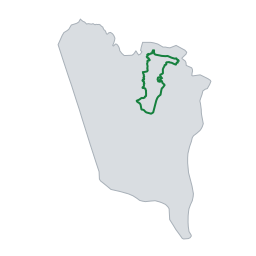 Hamah highlighted on a map of Syria, rotated 105°
{"feature_id": "SYR-138", "entity_name": "Hamah", "entity_type": "Province", "adm_level": 1, "iso_a3": "SYR", "parent_name": "Syria", "parent_adm1": "", "projection": "albers", "projection_center": [37.023, 35.303], "detail": "fine", "context": "in_parent", "style": "outline", "palette": "green", "viewbox_px": 256, "rotation_deg": 105, "n_neighbors": 0, "source": "natural_earth", "source_scale": "10m", "svg_char_len": 6284}
<svg xmlns="http://www.w3.org/2000/svg" viewBox="0 0 256 256"><g transform="rotate(105 128 128)"><path d="M39.6,90.9L41.7,91.1L46.3,93.9L47.0,93.8L48.4,90.2L49.7,89.0L52.5,87.9L53.4,82.1L54.7,81.0L56.3,80.4L58.7,80.3L60.8,79.9L60.9,78.9L58.0,72.1L58.3,70.4L59.7,63.5L60.6,60.9L61.5,60.0L64.8,60.4L69.4,61.6L70.6,63.5L72.9,65.3L76.3,65.2L80.2,65.5L83.3,65.6L85.7,64.3L91.3,62.0L94.0,61.2L96.5,60.2L104.4,56.4L107.6,56.6L109.8,57.1L111.5,57.7L115.3,60.2L118.5,62.7L120.7,63.4L124.6,63.3L130.3,63.7L137.2,63.5L141.3,62.7L146.5,61.3L155.6,57.9L167.6,51.1L174.6,47.8L177.6,47.3L181.6,47.1L185.7,47.8L190.2,48.2L192.3,48.0L197.2,47.2L203.5,45.6L207.5,44.3L212.2,42.3L215.1,39.3L216.0,38.9L217.3,39.4L217.9,39.6L219.2,41.1L220.7,45.3L220.8,45.8L220.6,47.0L217.6,50.6L213.6,55.6L210.6,58.7L205.7,64.0L201.8,65.3L195.3,67.4L193.7,69.2L192.1,72.1L191.4,76.0L191.2,78.5L191.2,83.0L192.9,87.7L194.6,92.1L194.9,95.1L194.9,98.0L193.6,101.2L192.2,105.6L191.5,110.5L191.4,119.7L191.7,127.4L191.7,128.7L189.1,134.3L186.2,140.9L184.7,142.4L177.7,144.6L170.1,149.6L161.6,155.1L153.9,160.1L145.7,165.3L137.2,170.7L131.1,174.6L122.9,179.7L115.4,184.6L107.8,189.5L102.0,193.2L93.2,199.1L88.0,202.5L80.4,207.5L73.6,211.9L65.6,217.1L55.6,215.5L52.4,214.6L49.8,212.1L47.9,210.7L43.2,209.4L40.2,204.7L38.4,203.0L35.2,202.2L36.6,199.3L36.9,197.3L38.3,194.9L37.5,193.4L37.1,190.0L36.5,189.2L36.3,188.3L36.8,187.2L36.6,186.1L36.1,185.7L35.9,184.0L35.4,182.8L35.7,181.3L36.4,180.3L37.1,178.4L37.9,177.9L39.3,176.7L39.7,175.5L40.9,174.3L42.5,173.3L42.8,172.6L42.6,172.1L41.0,171.2L40.2,169.6L41.0,167.4L41.5,166.7L42.4,165.6L44.6,163.9L46.3,163.7L47.7,163.7L50.2,163.8L52.1,164.2L52.5,163.7L52.5,163.2L50.1,161.8L50.0,160.7L50.6,159.5L52.3,157.7L54.3,156.4L55.3,156.1L57.5,153.4L59.0,150.4L56.7,143.0L55.3,141.8L53.0,140.8L51.7,140.6L51.6,140.1L53.4,138.3L54.7,136.6L53.3,135.1L50.8,134.3L49.8,135.9L46.6,136.1L41.5,136.0L39.4,128.2L39.1,124.8L39.2,120.9L40.8,115.1L40.1,112.5L40.1,110.7L39.7,108.2L35.8,102.9L38.1,93.2L39.6,90.9Z" fill="#d9dde1" stroke="#a8b0b8" stroke-width="1"/><path d="M77.2,103.8L79.6,104.7L80.7,105.4L80.9,105.5L81.1,105.6L82.8,105.6L87.4,105.2L89.9,106.9L90.4,107.1L91.7,107.5L94.1,107.8L106.3,107.7L107.4,108.5L107.7,108.9L108.2,109.5L108.2,110.1L108.2,114.0L108.1,114.6L107.8,115.3L107.5,115.9L106.8,116.9L106.7,117.1L106.6,117.5L106.5,117.8L106.5,118.1L106.5,118.4L106.6,119.6L106.4,119.9L102.6,121.7L102.1,122.0L101.3,122.8L101.2,122.9L101.2,123.3L101.1,123.5L100.9,123.7L100.8,124.1L100.6,124.4L100.6,124.5L100.6,124.8L100.6,125.0L100.5,125.3L100.4,125.5L100.3,125.8L99.8,126.4L99.5,126.6L99.4,126.6L99.2,126.4L98.1,125.0L97.8,124.6L97.6,124.4L96.0,123.1L95.8,123.0L95.6,122.7L95.4,122.5L95.3,122.0L95.3,121.7L95.1,121.0L95.1,120.9L94.9,120.7L94.7,120.3L94.6,120.2L94.3,119.9L94.2,119.8L93.6,119.8L93.3,119.8L93.2,119.7L92.8,119.2L92.6,119.1L92.4,119.0L92.3,118.9L92.2,118.9L89.8,119.5L88.4,120.0L88.0,120.1L87.9,120.1L87.7,120.1L87.3,120.2L86.4,120.9L85.9,121.2L85.7,121.3L85.5,121.5L85.4,121.7L85.4,121.9L85.3,122.4L85.3,123.3L85.5,123.8L85.5,124.0L85.4,124.2L85.4,124.3L85.2,124.4L84.9,124.4L84.7,124.3L84.6,124.2L84.3,123.7L84.2,123.6L83.6,123.6L83.4,123.5L82.9,123.6L82.7,123.6L82.2,123.9L82.0,124.0L81.8,124.0L81.6,124.0L81.4,123.9L81.1,123.7L80.9,123.7L80.8,123.8L80.6,124.0L80.6,124.3L80.4,124.4L80.0,124.3L79.7,124.3L79.4,124.4L79.3,124.5L79.2,124.9L79.0,125.2L78.9,125.2L78.9,125.3L78.8,125.8L78.7,126.0L78.3,126.3L78.2,126.3L77.8,126.2L77.5,126.1L77.4,126.1L77.3,125.9L77.2,125.7L77.1,125.4L76.8,125.1L76.6,125.1L76.4,125.1L75.6,125.6L75.4,125.8L75.3,126.1L75.2,126.1L74.9,126.0L74.7,125.9L74.4,125.7L74.1,125.7L73.9,125.8L73.6,126.2L73.5,126.3L73.4,126.3L72.9,126.4L72.6,126.4L72.4,126.6L71.0,127.7L70.8,127.8L70.2,128.0L69.5,126.4L68.6,124.6L68.5,124.4L68.1,124.1L67.7,124.0L67.4,123.9L67.2,123.9L67.0,124.0L66.6,124.3L66.4,124.4L66.1,124.4L65.9,124.4L65.7,124.5L65.4,124.8L65.2,124.9L64.3,124.9L64.2,124.9L63.7,125.0L63.2,125.1L61.0,126.2L59.5,126.1L58.9,126.3L58.6,126.5L58.4,126.6L58.1,126.5L57.8,126.4L57.7,126.3L57.7,126.2L57.6,125.9L57.4,125.8L57.2,125.8L57.1,125.7L57.1,125.4L57.3,125.2L57.2,124.9L57.0,124.7L56.8,124.7L56.5,124.8L56.4,124.9L56.2,125.2L55.9,125.5L55.2,126.3L55.2,126.6L55.2,126.8L55.2,127.0L55.0,127.3L54.9,127.4L54.9,127.7L54.9,127.8L54.6,128.1L54.4,128.3L53.5,128.1L53.3,127.8L53.2,127.7L52.9,127.6L52.7,127.7L52.6,127.8L52.3,128.2L52.2,128.3L51.8,128.1L51.6,127.7L51.4,127.6L51.2,127.5L51.2,127.4L51.4,127.1L51.5,127.0L51.5,126.9L51.3,126.6L51.2,126.3L51.1,126.1L50.3,125.6L50.2,125.5L50.2,125.4L50.1,125.2L50.0,124.7L49.8,124.3L49.6,124.2L49.4,124.1L48.3,124.2L47.8,124.2L46.5,123.9L46.3,123.0L46.6,122.8L46.9,122.8L47.1,122.8L47.4,122.8L47.5,122.7L47.9,122.5L48.1,122.5L48.2,122.4L48.4,122.3L48.5,122.3L48.9,122.2L49.0,122.2L49.2,121.9L49.3,121.9L49.5,121.7L49.7,121.4L50.0,120.6L50.0,120.0L49.7,115.9L49.7,115.2L49.6,113.9L48.9,110.3L48.4,109.0L48.3,108.3L48.2,108.2L48.8,104.3L48.9,102.0L48.9,100.9L48.8,100.5L48.7,100.3L48.6,100.1L48.3,99.6L48.3,99.3L48.4,99.2L48.6,98.9L49.1,98.6L49.2,98.4L49.2,98.2L49.3,97.3L49.4,97.0L49.9,96.6L50.0,96.8L50.3,97.1L50.5,97.2L51.1,97.2L51.4,97.0L51.6,96.9L51.9,96.9L52.0,97.0L52.2,97.3L52.4,97.6L52.4,97.8L52.5,97.9L52.9,98.0L54.1,98.1L54.3,98.2L54.4,98.6L54.2,100.2L53.8,102.1L53.7,102.7L53.9,105.1L53.8,105.4L53.7,105.5L54.3,107.0L54.5,107.6L54.7,107.8L55.3,108.0L56.3,107.5L56.6,107.6L57.1,107.8L57.3,108.0L57.4,108.4L57.5,108.6L57.7,108.8L57.8,108.8L58.0,108.9L58.8,108.8L59.1,108.9L61.0,109.4L62.4,109.5L65.9,108.5L66.1,108.5L66.3,108.6L67.2,109.4L67.3,109.6L67.5,109.9L67.6,110.0L68.0,110.3L68.1,110.5L68.3,110.6L68.5,110.6L68.8,110.5L69.0,110.5L69.3,110.3L69.8,109.6L70.5,108.9L70.8,108.4L71.0,108.2L71.1,108.3L71.3,108.4L71.4,108.6L71.4,108.8L71.5,109.1L71.4,109.4L71.4,109.6L71.1,110.2L71.1,110.3L71.1,110.6L71.2,111.1L71.2,111.6L71.3,111.8L71.5,112.0L72.0,112.1L72.7,112.0L73.3,112.0L73.6,111.9L73.8,111.8L74.0,111.4L74.2,111.2L74.4,111.0L74.5,111.0L75.0,111.0L75.1,110.9L75.1,109.5L75.1,109.2L74.9,108.9L74.7,108.8L74.3,109.1L74.2,109.4L74.1,109.5L73.9,109.7L73.7,109.7L73.4,109.7L73.2,109.4L73.2,109.1L73.3,108.9L73.8,107.7L74.0,107.4L74.2,107.2L74.5,107.0L75.1,106.7L75.3,106.6L75.5,106.4L76.2,105.1L76.5,104.4L76.6,104.2L77.2,103.8Z" fill="none" stroke="#15803d" stroke-width="2"/></g></svg>